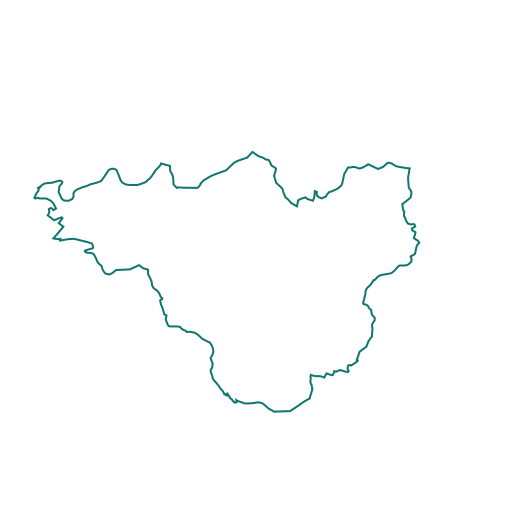 outline of Ususau, Arad, Romania, rotated 335°
{"feature_id": "2599482B12627943031914", "entity_name": "Ususau", "entity_type": "district", "adm_level": 2, "iso_a3": "ROU", "parent_name": "Romania", "parent_adm1": "Arad", "projection": "natural_earth1", "projection_center": [21.862, 46.022], "detail": "fine", "context": "isolated", "style": "outline", "palette": "teal", "viewbox_px": 512, "rotation_deg": 335, "n_neighbors": 0, "source": "geoboundaries", "source_scale": "gbopen_adm2", "svg_char_len": 6098}
<svg xmlns="http://www.w3.org/2000/svg" viewBox="0 0 512 512"><g transform="rotate(335 256 256)"><path d="M325.6,378.6L326.8,378.2L327.2,377.9L328.1,375.9L328.7,374.8L330.7,371.4L331.5,368.9L332.2,367.3L332.4,366.9L335.1,365.2L335.9,364.8L336.4,364.3L336.7,363.8L337.5,361.9L336.7,359.7L336.3,358.1L336.5,357.3L336.7,356.8L336.9,355.3L337.6,353.7L336.7,351.8L336.4,350.1L336.4,348.9L336.3,348.5L335.9,347.6L335.1,346.6L333.2,345.0L333.0,344.5L333.3,343.7L337.0,339.3L337.1,338.8L337.6,338.5L339.1,336.7L339.6,335.6L340.3,334.4L341.2,333.4L342.2,332.5L344.9,331.3L347.4,330.6L351.7,328.1L352.1,327.6L352.5,327.6L353.5,327.9L354.0,327.8L356.7,326.5L359.5,326.0L361.9,326.3L371.0,328.7L372.2,328.6L375.4,327.8L378.9,326.2L380.4,325.6L381.5,325.3L382.7,325.5L384.0,326.1L385.4,326.9L388.1,327.9L389.3,328.0L390.5,328.0L391.9,327.7L393.7,327.0L394.8,326.3L395.5,324.9L395.9,322.5L395.8,322.1L395.9,321.7L399.7,321.5L400.5,321.4L401.3,320.9L401.9,320.2L403.8,317.5L406.2,314.5L409.6,312.9L409.2,310.6L406.6,306.5L409.4,303.6L410.6,301.8L408.5,298.9L408.8,297.1L412.7,296.5L413.0,294.4L412.2,293.6L409.8,292.9L407.3,290.7L406.9,286.1L407.3,284.9L407.0,282.2L409.1,278.5L408.8,276.7L410.4,270.9L420.6,268.5L423.0,265.5L424.0,263.2L423.4,258.4L426.8,249.5L432.3,241.5L428.8,239.5L420.8,233.8L418.2,229.6L416.0,227.7L414.2,227.3L408.9,229.0L403.4,228.7L396.4,220.2L395.0,220.6L389.6,220.9L386.8,220.5L383.3,217.2L381.5,216.3L377.9,215.3L377.0,214.6L370.7,218.9L364.7,226.8L362.7,228.3L358.2,229.5L351.2,229.4L349.0,229.0L345.7,230.7L344.4,231.7L342.0,231.5L339.9,231.6L337.8,229.3L336.9,227.0L337.2,225.4L338.2,223.7L336.7,222.1L333.6,227.5L331.0,230.0L326.9,226.3L325.5,223.7L319.4,223.1L317.5,223.6L314.1,228.3L310.3,222.9L308.8,217.8L307.5,215.4L307.7,209.6L308.4,206.4L307.9,204.8L305.2,198.2L306.3,190.9L310.8,185.9L311.0,184.8L308.4,180.7L308.2,179.6L308.4,176.2L307.9,174.1L305.6,172.7L304.3,170.4L300.3,166.4L296.8,160.2L289.5,163.1L279.6,162.0L275.2,162.3L265.2,165.7L252.3,164.6L248.7,164.5L240.3,165.3L236.3,167.0L235.7,167.9L231.9,169.6L218.2,163.0L214.7,161.0L213.1,161.0L211.5,156.4L214.1,149.7L214.6,146.3L214.1,143.0L216.1,138.0L209.0,132.0L208.1,133.0L206.4,133.9L201.0,136.0L196.2,139.0L193.7,140.3L191.3,141.2L189.7,141.3L188.7,142.1L186.7,142.4L180.8,141.9L178.5,141.5L173.2,139.1L170.1,137.4L167.8,135.7L165.7,132.6L165.3,130.1L165.7,125.0L165.8,122.0L166.0,119.5L165.4,118.5L164.5,117.2L162.4,116.0L160.0,115.8L158.6,116.0L151.0,120.6L149.2,121.5L148.5,122.2L146.0,122.6L141.6,122.1L136.0,121.0L133.1,121.1L126.9,120.3L121.8,120.1L119.6,120.5L117.6,121.5L116.7,122.8L115.6,125.3L113.6,126.6L111.1,126.8L109.0,126.6L105.4,124.5L104.4,122.8L104.1,120.9L104.1,120.0L104.2,118.2L104.1,116.4L104.2,114.5L105.8,112.2L107.3,109.7L109.4,108.9L111.4,107.7L111.7,107.1L111.0,105.4L109.3,104.5L104.2,103.7L101.9,103.4L100.3,102.7L96.7,101.4L94.6,101.0L92.9,101.1L88.2,102.2L87.2,102.2L87.2,102.9L87.6,103.0L87.3,103.1L86.6,104.8L83.9,106.2L83.0,106.8L81.1,108.5L79.7,109.6L80.0,110.4L80.9,110.8L82.0,110.8L83.1,111.2L83.9,112.3L90.2,115.2L93.3,119.1L94.1,121.3L94.6,123.2L94.8,128.5L91.7,128.8L91.3,126.8L90.0,125.7L88.1,126.0L87.5,128.3L86.5,129.7L84.4,131.1L86.6,135.2L88.0,138.2L96.2,138.8L96.6,140.0L91.1,142.9L93.8,148.0L85.6,151.9L79.8,154.4L81.2,155.5L84.7,157.5L86.0,157.8L85.0,159.2L93.3,161.5L98.5,163.6L109.2,172.2L112.6,175.4L112.3,179.0L111.4,180.0L103.8,178.8L102.9,179.3L103.0,180.2L104.6,181.8L107.8,183.5L109.5,185.4L109.9,187.6L110.0,190.1L109.8,194.6L110.5,196.8L111.8,199.8L111.2,204.1L111.9,208.0L115.0,210.7L118.3,210.8L123.3,209.6L136.0,214.8L146.2,214.9L148.5,219.3L152.3,222.7L150.5,226.9L150.7,230.8L150.6,234.2L150.4,235.7L149.4,238.6L149.5,241.4L150.4,243.3L151.7,245.5L152.4,248.1L152.5,249.4L152.5,250.6L152.5,251.4L152.3,252.2L153.2,254.6L152.7,255.5L151.8,255.4L151.0,255.4L150.3,255.8L149.7,258.3L149.4,259.7L149.4,263.3L149.1,264.3L148.6,268.2L148.2,270.1L149.7,271.9L149.6,272.4L147.5,274.9L147.3,276.1L147.0,280.5L147.1,282.2L147.8,283.2L154.5,286.4L157.3,288.2L157.6,290.0L158.9,292.2L160.8,294.2L161.2,295.7L164.1,296.7L167.8,299.4L169.7,302.1L171.6,306.4L172.3,308.3L176.7,314.0L177.5,314.6L178.1,318.1L177.9,321.1L177.0,324.7L175.7,326.2L173.6,328.0L171.7,329.3L171.4,331.9L171.2,335.2L170.1,337.1L168.9,338.8L167.0,339.9L166.0,341.8L165.7,346.0L165.0,349.1L165.6,351.7L166.4,354.3L167.4,358.3L167.7,361.1L168.7,363.8L169.1,367.7L168.9,368.0L169.3,368.4L169.9,369.0L170.9,370.5L171.2,370.5L171.3,370.3L171.3,369.5L170.6,368.7L171.2,368.4L171.7,368.5L172.1,368.6L172.1,369.0L171.8,370.1L171.9,370.4L172.6,372.1L172.6,372.9L172.4,373.4L172.3,373.7L172.9,374.6L173.5,375.8L173.8,377.7L174.3,378.7L174.8,379.3L174.6,379.7L175.1,380.0L176.6,380.4L176.9,380.1L177.2,378.7L177.3,378.3L177.6,378.8L178.3,379.8L180.1,381.5L181.0,382.5L182.0,383.3L183.0,384.5L184.1,385.2L185.3,385.8L190.6,387.9L191.8,388.3L195.0,389.1L198.3,390.9L199.8,392.7L200.2,393.2L202.7,399.1L204.6,401.9L205.8,403.3L206.1,404.1L206.9,405.0L207.5,405.3L208.3,405.4L209.3,405.8L216.3,408.9L217.4,409.2L220.9,410.9L221.5,411.0L225.6,410.3L227.9,410.1L229.1,409.7L231.1,409.6L233.3,409.1L238.7,408.2L242.1,407.9L244.4,407.9L245.9,405.9L248.5,403.2L250.9,400.4L251.4,397.7L251.9,396.5L251.8,395.7L252.0,393.2L253.5,390.7L254.6,388.0L255.4,387.0L257.1,388.5L259.3,390.1L262.0,391.3L264.5,392.9L266.4,395.0L267.5,394.3L270.1,392.2L274.6,396.3L275.1,396.4L275.5,396.2L276.8,395.2L278.2,393.4L278.4,393.4L278.8,393.7L279.3,394.4L279.5,394.6L280.0,394.6L280.6,394.9L280.9,394.9L281.9,394.7L282.6,394.9L283.5,394.8L284.2,394.9L285.6,396.4L286.8,397.1L287.2,397.8L290.0,400.0L290.7,399.7L291.3,399.6L291.4,399.0L291.2,397.7L291.3,397.0L292.0,395.9L292.4,395.1L293.2,394.2L293.6,394.3L294.8,394.4L295.1,394.5L295.4,395.2L295.7,395.3L296.0,395.4L297.9,395.2L299.5,394.9L302.4,394.6L303.3,394.2L303.9,393.9L304.0,393.6L303.9,393.4L303.3,393.3L303.2,393.1L303.3,392.9L305.6,390.6L305.9,390.4L306.4,389.8L309.2,386.7L309.5,386.5L309.8,386.4L310.4,386.4L312.6,385.8L317.6,384.9L318.0,384.5L320.1,382.6L321.4,381.2L322.8,380.3L323.9,379.5L325.6,378.6Z" fill="none" stroke="#0f766e" stroke-width="2"/></g></svg>